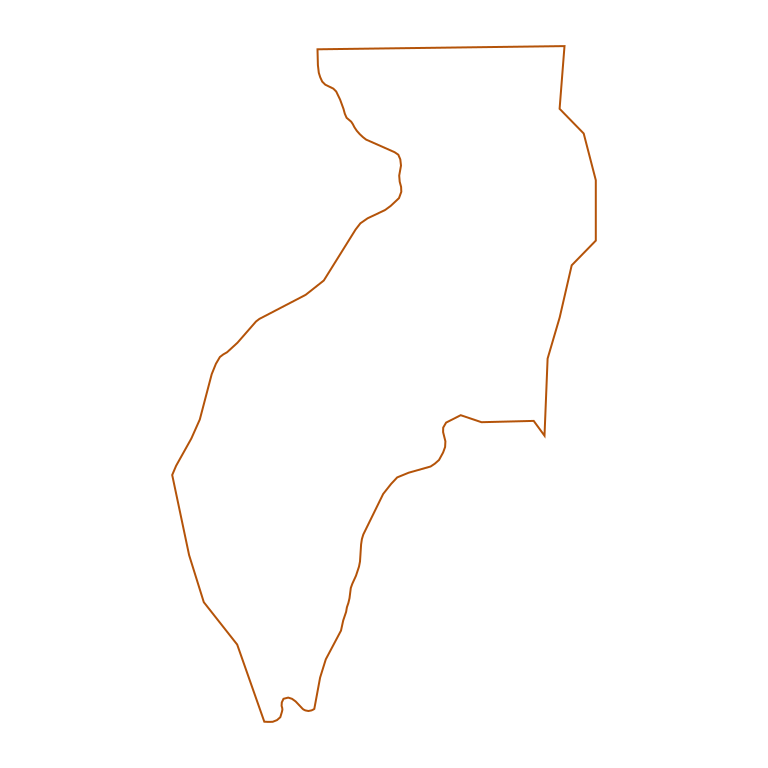 an SVG outline of Lélouma
{"feature_id": "GIN-5649", "entity_name": "Lélouma", "entity_type": "Prefecture", "adm_level": 1, "iso_a3": "GIN", "parent_name": "Guinea", "parent_adm1": "", "projection": "robinson", "projection_center": [-12.765, 11.356], "detail": "fine", "context": "isolated", "style": "outline", "palette": "amber", "viewbox_px": 768, "rotation_deg": 0, "n_neighbors": 0, "source": "natural_earth", "source_scale": "10m", "svg_char_len": 1473}
<svg xmlns="http://www.w3.org/2000/svg" viewBox="0 0 768 768"><path d="M264.3,721.7L237.2,644.6L203.8,602.2L189.1,555.1L172.2,475.0L176.1,465.8L191.3,438.6L199.8,419.5L211.7,374.2L215.9,363.8L219.9,357.0L223.3,354.4L227.0,352.3L237.4,342.8L256.0,321.5L259.4,318.9L305.7,294.8L323.8,280.5L355.6,229.5L360.4,223.3L367.6,218.3L385.1,210.0L390.7,205.9L399.0,198.1L401.3,191.8L401.1,186.9L399.7,181.7L399.2,175.6L401.0,165.6L400.3,159.4L398.3,154.7L394.6,152.2L366.1,139.6L362.9,137.1L359.7,134.1L356.8,130.8L354.5,127.4L352.8,124.1L351.2,121.7L346.6,117.8L344.8,113.7L343.5,108.9L340.1,99.6L336.2,91.5L333.3,88.6L325.3,84.7L322.2,81.6L320.2,77.2L318.8,72.8L317.9,65.1L317.5,49.3L564.5,46.1L559.6,108.8L583.7,133.5L595.8,180.2L595.8,240.6L571.7,265.3L559.7,317.4L547.6,358.6L544.5,435.7L533.7,420.9L481.5,422.2L460.7,415.2L446.1,422.6L443.2,427.6L443.1,432.1L445.4,441.3L445.1,447.0L443.1,452.5L439.0,460.0L434.8,463.7L430.6,466.5L408.7,472.7L397.2,477.4L391.2,483.8L383.2,493.9L363.3,534.5L361.9,539.1L361.1,544.4L360.0,561.5L359.0,566.6L356.0,575.7L352.3,583.8L350.8,588.0L349.5,598.2L348.4,602.9L346.9,607.3L346.1,611.9L343.2,620.5L341.0,630.6L325.8,659.3L320.1,677.6L314.3,708.9L313.4,709.5L311.5,710.4L308.4,711.0L305.3,710.4L303.5,709.5L302.7,708.9L295.6,701.4L292.0,698.8L288.2,697.6L283.5,698.8L281.8,702.4L281.6,705.9L282.2,707.9L282.4,709.7L281.9,711.9L280.3,717.2L277.0,720.1L272.7,721.8L268.4,721.9L264.3,721.7Z" fill="none" stroke="#b45309" stroke-width="2"/></svg>